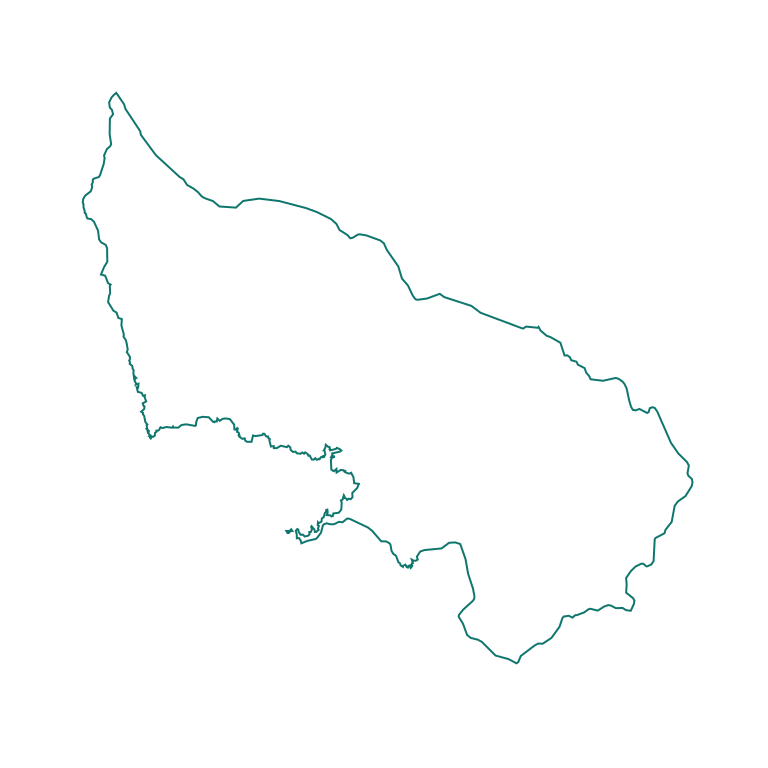 Luwu Timur, Sulawesi Selatan, Indonesia, rotated 5°
{"feature_id": "22746128B1110744719374", "entity_name": "Luwu Timur", "entity_type": "district", "adm_level": 2, "iso_a3": "IDN", "parent_name": "Indonesia", "parent_adm1": "Sulawesi Selatan", "projection": "natural_earth1", "projection_center": [121.051, -2.532], "detail": "fine", "context": "isolated", "style": "outline", "palette": "teal", "viewbox_px": 768, "rotation_deg": 5, "n_neighbors": 0, "source": "geoboundaries", "source_scale": "gbopen_adm2", "svg_char_len": 6121}
<svg xmlns="http://www.w3.org/2000/svg" viewBox="0 0 768 768"><g transform="rotate(5 384 384)"><path d="M492.6,629.4L499.7,630.5L504.0,632.4L518.8,644.8L532.1,647.2L540.3,650.7L542.0,649.3L544.0,643.0L556.9,631.3L560.3,629.1L564.7,628.9L572.9,622.4L580.0,610.6L582.1,601.8L583.3,600.0L588.3,598.8L592.2,600.3L594.5,597.7L596.4,597.4L603.3,594.1L607.2,590.7L609.0,589.9L616.7,591.1L622.9,586.4L626.7,584.7L629.1,584.9L634.6,587.1L641.1,586.3L644.8,588.2L649.6,588.4L652.0,581.7L652.4,578.2L650.9,575.7L643.4,570.8L643.2,562.5L642.1,556.2L646.2,548.9L650.5,543.9L656.0,540.6L658.1,540.5L661.2,542.8L662.2,542.7L666.0,540.5L668.0,537.0L667.2,515.0L668.1,513.6L676.4,508.3L677.2,504.6L682.6,496.3L684.2,479.9L687.1,475.3L694.1,469.4L699.5,458.8L699.9,455.1L699.0,451.8L695.2,448.9L694.1,446.5L694.8,438.7L692.6,435.3L683.2,427.5L675.0,417.6L658.5,387.4L655.8,384.3L653.6,383.7L650.9,384.9L650.1,388.9L648.7,389.9L640.6,386.6L637.1,388.3L634.2,388.1L632.1,385.2L629.6,378.8L626.1,367.3L623.5,362.9L621.3,360.7L617.0,358.3L614.2,357.8L601.9,361.7L589.4,361.3L587.6,358.1L584.5,355.2L582.5,350.7L575.5,347.9L573.8,345.0L568.4,344.0L566.9,341.2L564.2,339.5L561.4,339.9L556.1,327.5L545.8,322.8L541.7,321.7L535.4,317.2L533.0,313.6L532.3,314.6L520.6,314.4L517.8,316.6L516.7,316.5L473.9,304.6L464.3,298.6L436.5,292.2L431.7,289.3L419.4,295.1L410.0,297.2L407.9,296.8L405.0,293.5L399.3,283.8L392.7,277.4L388.0,265.6L375.2,250.3L371.6,243.8L367.7,241.3L353.5,237.5L346.7,237.0L345.0,237.4L340.0,241.1L337.7,241.8L334.8,238.9L326.2,234.4L322.7,228.7L316.8,224.3L302.3,218.6L290.8,215.5L263.9,210.9L243.5,210.2L227.8,213.9L221.1,221.2L204.6,221.5L197.7,216.7L188.9,214.4L185.8,212.8L182.0,209.1L177.1,205.9L170.5,202.9L166.3,197.5L162.4,195.6L136.8,175.9L120.1,157.0L119.1,153.4L102.4,132.4L100.7,128.0L91.9,117.3L89.4,119.9L87.5,122.5L85.6,127.5L86.8,132.5L89.1,134.7L90.6,138.9L87.8,143.4L88.9,159.0L91.3,168.9L90.5,171.0L87.5,174.1L85.2,180.7L86.0,183.3L85.6,189.2L83.0,200.4L82.0,202.6L76.7,204.9L76.0,206.2L76.4,208.2L75.4,210.9L76.2,213.2L75.1,217.6L69.9,222.4L68.2,226.0L68.1,229.8L69.0,231.1L69.3,234.5L70.6,237.2L71.0,239.7L72.0,240.1L73.6,244.3L74.3,245.0L78.0,245.3L80.9,247.6L85.7,256.0L87.6,264.8L89.8,267.5L94.7,269.7L96.3,272.8L97.7,286.2L94.9,292.1L92.5,299.6L96.8,300.4L100.4,307.7L103.0,308.8L102.3,310.3L103.3,317.4L102.4,320.3L102.0,326.5L108.0,334.5L111.4,336.2L113.6,341.3L117.2,342.2L117.3,348.5L120.5,357.3L120.4,359.7L122.7,362.3L123.9,365.2L125.7,372.0L125.0,374.6L128.5,379.1L128.7,381.8L128.1,382.8L129.1,384.7L128.9,386.1L131.7,388.0L132.2,390.6L133.5,392.4L133.3,394.5L134.4,399.4L135.1,398.2L136.7,399.6L135.6,400.4L135.2,402.5L137.1,405.2L136.8,406.2L139.4,405.1L139.4,409.0L137.9,408.8L139.5,413.3L143.2,413.9L145.1,416.8L146.8,416.1L146.7,418.1L148.6,422.1L145.3,424.3L146.4,426.8L147.4,427.2L147.3,429.8L144.5,432.8L146.5,433.8L146.4,435.0L147.8,436.6L149.6,442.7L151.8,445.0L151.1,445.7L152.0,449.2L151.5,449.4L153.9,451.3L153.8,451.9L152.6,451.5L153.2,453.4L155.3,455.3L154.9,456.0L155.7,455.8L155.5,457.9L156.4,458.6L157.4,456.5L158.8,456.7L160.2,455.3L160.2,452.5L161.5,451.5L161.3,450.3L162.8,450.2L164.0,449.2L165.1,446.6L167.1,447.2L171.0,445.8L176.8,446.0L177.5,444.8L178.0,445.7L182.9,445.4L185.8,442.5L190.6,441.4L199.6,442.2L200.3,441.5L200.2,438.4L201.4,434.1L206.2,432.5L212.3,432.4L217.1,436.6L218.4,436.8L219.0,435.4L218.8,436.1L220.7,435.9L221.0,432.9L223.6,435.0L226.2,432.8L229.3,432.1L233.5,432.4L238.3,437.6L238.9,442.3L240.4,442.4L241.6,440.7L242.2,441.1L241.7,444.4L243.5,445.1L244.3,447.3L243.8,447.0L243.6,447.7L244.5,449.1L247.7,451.0L250.0,450.3L250.6,452.4L252.5,453.5L257.1,453.1L258.0,446.7L260.5,447.1L267.4,445.4L267.8,444.1L269.1,444.0L271.3,446.6L273.1,446.4L273.8,448.4L275.0,448.7L274.8,450.4L276.8,456.1L279.6,455.5L279.9,457.5L282.8,457.2L286.6,454.5L292.8,455.4L294.0,453.8L296.2,455.3L296.7,457.7L299.2,459.6L301.8,459.1L303.2,460.6L306.9,460.8L308.5,459.4L310.4,460.4L311.4,459.0L314.0,460.4L315.0,462.1L316.2,461.7L318.7,465.5L320.5,465.5L322.1,463.9L323.3,465.3L324.2,465.2L325.7,464.1L326.4,464.5L327.8,462.2L329.5,461.3L329.6,462.2L330.7,461.9L331.7,459.2L330.5,455.4L329.8,455.4L331.1,452.6L331.3,449.6L334.1,451.6L335.3,451.6L335.8,453.2L335.4,453.7L336.2,454.8L341.9,452.8L342.6,451.7L345.7,452.8L347.3,454.0L345.8,455.3L338.5,457.6L339.0,458.3L337.8,461.1L340.5,460.4L340.7,461.0L338.4,462.3L337.7,464.2L339.0,473.9L341.7,475.3L344.0,472.8L344.5,476.3L348.4,473.4L351.3,473.5L352.1,473.8L351.6,474.0L352.3,474.9L355.5,476.1L357.8,476.2L359.0,475.3L361.7,479.5L362.9,485.4L367.7,485.7L366.3,490.0L361.9,495.3L362.5,499.5L360.8,501.7L359.0,501.3L357.4,502.7L356.6,501.5L354.3,500.9L354.5,499.4L353.7,498.3L352.8,502.8L351.2,503.8L352.2,505.8L352.4,512.8L350.1,516.2L344.8,517.4L344.5,520.0L343.2,520.5L342.0,519.5L338.4,519.6L339.1,517.0L338.5,514.1L337.4,514.5L337.4,516.2L336.3,517.8L335.5,522.0L333.8,523.3L333.7,526.6L331.1,528.3L330.3,527.5L330.2,530.2L331.5,531.0L330.8,533.7L331.6,534.9L329.4,537.3L327.9,537.3L327.5,535.2L324.2,532.0L323.9,532.7L324.9,534.8L324.1,537.7L322.5,538.0L322.9,540.3L321.4,541.9L318.2,542.8L316.3,541.1L314.1,541.5L311.8,538.7L311.3,536.5L310.3,536.0L308.9,537.9L310.2,541.5L310.6,545.3L312.7,544.9L314.5,547.0L315.6,549.9L321.2,547.0L329.3,544.4L330.5,543.5L334.2,537.6L335.4,530.4L336.4,528.9L339.0,527.8L342.7,528.4L346.6,528.0L351.1,525.2L354.7,525.4L359.1,521.2L361.5,521.3L380.4,528.3L385.0,531.3L395.0,541.0L399.7,540.6L403.6,542.3L404.6,544.0L406.0,549.5L408.1,552.4L410.9,554.0L413.9,560.3L415.7,561.4L416.3,563.2L418.7,564.5L418.7,563.5L421.1,562.1L422.6,564.5L423.8,564.8L424.1,563.2L425.6,562.4L426.4,563.0L425.8,563.8L426.6,565.0L428.1,562.6L427.2,561.4L427.3,560.3L428.4,559.8L427.0,556.5L428.9,557.4L431.0,557.3L432.9,556.0L431.8,553.1L434.7,547.7L438.8,545.9L455.6,542.8L462.7,536.5L468.8,535.6L473.9,536.8L480.5,551.4L484.3,565.6L490.5,580.1L492.6,587.6L492.6,590.1L491.4,592.3L482.6,601.8L478.8,607.5L478.7,609.4L483.5,615.8L488.7,626.8L492.6,629.4ZM305.5,538.4L304.2,536.8L302.9,538.6L299.5,538.9L300.9,540.9L302.5,540.5L303.4,538.7L305.5,538.4Z" fill="none" stroke="#0f766e" stroke-width="2"/></g></svg>